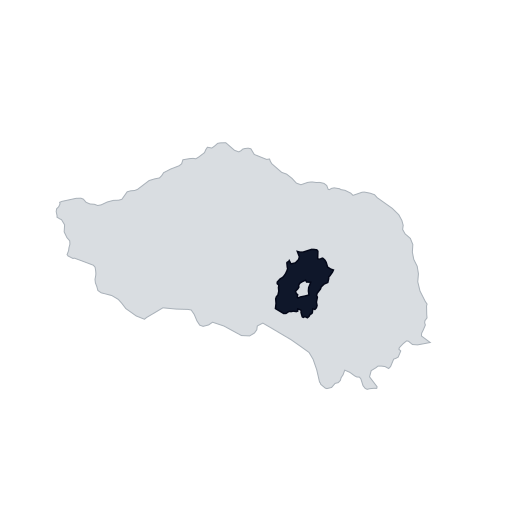 Fejér on a map of Hungary (Mercator projection), rotated 214°
{"feature_id": "HUN-3162", "entity_name": "Fejér", "entity_type": "County", "adm_level": 1, "iso_a3": "HUN", "parent_name": "Hungary", "parent_adm1": "", "projection": "mercator", "projection_center": [18.516, 47.132], "detail": "fine", "context": "in_parent", "style": "filled", "palette": "ink", "viewbox_px": 512, "rotation_deg": 214, "n_neighbors": 0, "source": "natural_earth", "source_scale": "10m", "svg_char_len": 4094}
<svg xmlns="http://www.w3.org/2000/svg" viewBox="0 0 512 512"><g transform="rotate(214 256 256)"><path d="M406.4,151.6L411.9,150.9L412.1,151.1L413.4,151.5L414.3,155.4L414.4,155.7L415.7,158.3L416.9,161.8L418.9,164.4L423.0,165.5L428.5,168.7L432.1,174.8L437.4,177.3L437.8,177.4L438.8,177.1L442.7,176.9L443.4,178.1L446.5,181.1L447.7,183.7L447.1,186.4L447.6,189.6L448.8,190.7L447.4,192.8L437.4,203.2L433.5,206.0L430.9,206.6L426.9,205.5L422.7,206.3L418.9,208.5L415.5,209.3L412.9,211.9L409.5,217.6L405.3,222.4L401.1,225.4L398.9,228.0L398.7,237.2L396.4,239.9L393.2,242.5L391.5,244.9L386.8,258.8L383.1,263.3L379.7,266.7L379.1,269.8L379.2,273.4L375.3,280.5L370.2,287.8L369.2,290.8L370.4,294.9L365.5,299.6L362.7,301.8L360.3,302.9L358.9,305.8L356.5,312.9L357.1,316.1L357.1,319.0L353.0,320.8L351.8,324.0L350.8,327.9L349.0,329.7L344.4,333.0L332.9,331.6L328.5,332.7L327.2,335.1L326.9,337.0L325.5,338.7L322.8,341.0L320.2,342.0L314.2,339.2L301.2,342.0L299.0,344.0L297.2,342.6L294.5,341.3L281.5,339.7L276.4,341.0L269.6,340.5L263.3,339.0L258.6,340.2L254.4,345.8L252.4,347.6L250.8,348.8L247.2,350.6L244.2,352.7L240.3,354.2L236.8,354.0L233.4,351.6L232.2,352.1L231.2,354.3L229.3,356.2L224.3,358.5L223.1,358.5L222.8,358.5L219.0,360.2L212.6,361.1L209.5,360.5L203.7,368.2L201.9,369.6L196.5,371.9L192.0,373.1L188.1,372.1L186.6,372.1L169.6,371.7L160.6,370.0L154.9,367.0L151.1,363.7L149.3,360.0L144.8,357.7L137.9,356.9L132.4,353.2L128.5,346.6L123.3,341.4L116.6,337.6L111.4,332.1L107.5,325.1L100.5,318.7L90.3,313.0L87.3,311.8L86.7,310.0L81.7,302.9L79.6,300.3L79.8,296.9L78.8,294.9L77.0,293.5L76.0,288.4L75.5,284.6L74.1,282.2L63.2,281.7L72.3,272.7L76.8,270.1L82.0,270.6L83.7,269.8L84.1,268.5L85.0,265.5L85.5,262.7L85.9,260.1L85.4,258.6L82.9,258.2L81.6,251.7L82.9,249.2L84.2,247.5L82.6,239.6L83.1,236.9L87.2,236.5L90.6,234.8L93.3,232.9L94.1,230.4L96.4,225.4L94.3,219.3L82.5,215.3L81.9,213.8L84.6,212.0L87.6,209.5L89.3,207.6L91.5,207.3L94.7,208.3L100.4,212.8L102.6,213.4L104.7,212.1L107.0,211.8L113.3,212.0L118.6,211.0L117.4,206.2L117.4,202.8L116.5,200.0L117.0,197.0L119.2,194.6L119.8,189.3L123.1,185.7L124.7,185.2L130.5,185.8L131.9,186.8L132.8,187.0L142.1,195.7L150.9,202.3L158.1,205.7L168.6,206.0L179.9,206.2L198.7,205.1L212.8,204.2L213.7,202.6L215.8,198.7L214.1,195.3L214.2,191.3L216.6,186.2L223.6,181.9L243.5,180.0L255.0,176.8L256.7,172.4L260.5,168.1L264.0,167.2L268.7,169.2L274.5,173.0L279.5,175.0L282.5,173.7L292.6,167.3L304.2,161.0L312.3,143.9L313.1,141.2L321.8,139.3L334.5,139.6L341.0,141.8L345.9,143.0L353.3,142.6L363.8,138.9L367.8,139.0L370.8,141.6L374.1,143.9L376.4,146.6L378.1,150.5L379.0,152.0L380.5,153.9L383.1,156.7L385.7,157.4L405.3,152.7L406.4,151.6Z" fill="#d9dde1" stroke="#a8b0b8" stroke-width="1"/><path d="M181.7,274.2L183.8,270.9L184.7,266.8L184.1,264.7L184.5,259.2L183.7,257.1L182.1,256.2L180.1,251.5L177.7,249.1L177.0,246.8L177.3,244.6L179.4,244.0L177.5,240.3L177.8,238.9L178.5,238.0L178.3,235.5L178.9,233.5L180.2,233.4L181.6,233.1L182.5,231.5L183.7,231.5L187.1,234.4L187.8,235.7L188.8,236.3L191.8,235.5L191.3,234.5L190.6,233.7L191.4,232.5L194.3,231.1L195.9,229.4L197.0,229.0L197.9,228.0L199.0,225.2L200.9,223.8L210.5,223.3L212.8,227.8L215.7,231.5L216.3,233.6L216.0,236.0L217.5,239.7L218.2,240.5L219.8,242.5L220.3,243.8L221.0,244.7L222.9,244.9L223.8,246.3L223.2,250.5L222.0,253.0L221.7,254.5L221.6,256.2L221.6,257.9L222.1,261.1L222.6,262.8L222.9,263.5L223.8,264.2L226.6,267.6L226.6,268.4L226.3,268.9L226.0,269.4L225.8,269.9L225.9,270.8L222.6,269.0L219.5,272.3L218.7,276.9L219.6,279.6L224.3,282.9L221.7,283.8L219.2,285.5L213.6,292.6L211.2,294.1L210.2,294.5L209.1,295.1L207.4,294.6L203.4,288.3L202.3,288.4L201.1,289.2L200.4,290.5L199.7,291.4L199.0,291.5L196.6,291.1L194.3,290.0L190.3,286.7L189.8,286.9L186.9,286.9L184.0,287.7L183.6,285.4L183.7,280.7L183.9,280.2L184.1,279.6L182.9,277.5L181.7,274.2ZM199.9,247.3L198.8,245.0L197.7,244.7L196.2,247.0L193.1,250.1L190.3,253.3L193.0,256.3L194.7,259.3L195.3,262.4L196.0,264.9L199.5,262.7L201.4,263.7L203.4,260.4L204.4,258.1L204.4,255.8L203.0,254.0L203.0,251.9L203.6,248.9L201.5,247.3L199.9,247.3Z" fill="#0f172a" stroke="#020617" stroke-width="1.5"/></g></svg>